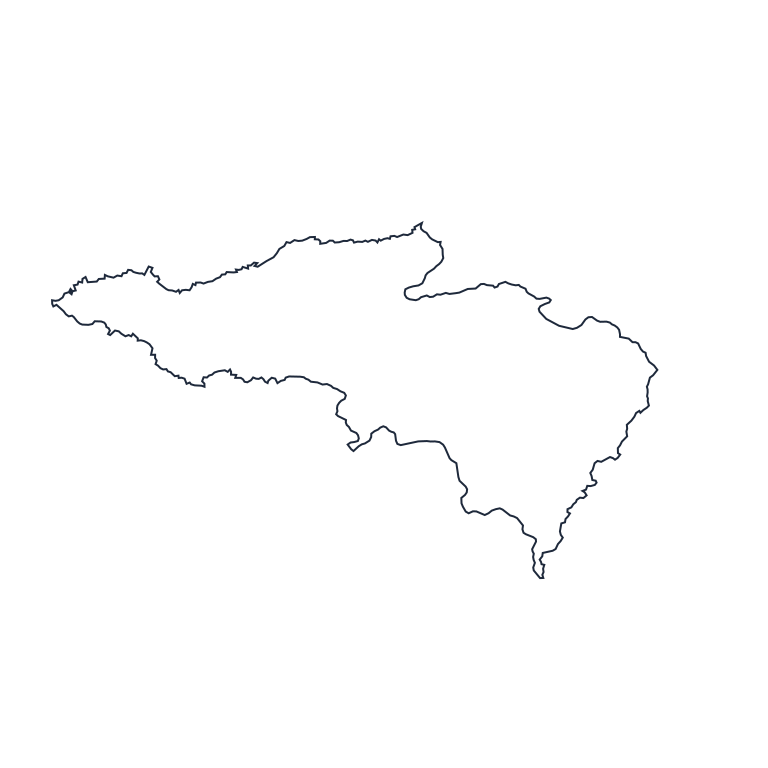 Carmo do Paranaíba, Minas Gerais, Brazil, rotated 238°
{"feature_id": "56859067B90709796561443", "entity_name": "Carmo do Paranaíba", "entity_type": "district", "adm_level": 2, "iso_a3": "BRA", "parent_name": "Brazil", "parent_adm1": "Minas Gerais", "projection": "equal_earth", "projection_center": [-46.167, -18.877], "detail": "fine", "context": "isolated", "style": "outline", "palette": "slate", "viewbox_px": 768, "rotation_deg": 238, "n_neighbors": 0, "source": "geoboundaries", "source_scale": "gbopen_adm2", "svg_char_len": 6167}
<svg xmlns="http://www.w3.org/2000/svg" viewBox="0 0 768 768"><g transform="rotate(238 384 384)"><path d="M500.5,501.5L500.9,493.0L498.7,492.4L499.8,489.6L497.1,488.3L497.7,483.0L500.5,479.6L501.7,473.0L504.1,471.3L505.8,467.8L504.0,465.9L505.8,464.2L507.0,460.9L507.3,457.2L509.4,456.5L507.5,453.4L510.1,452.9L512.6,450.1L513.1,445.7L515.5,444.2L516.0,440.9L518.7,437.1L519.8,433.5L522.3,433.8L524.2,432.1L524.8,428.5L526.8,425.5L528.0,421.1L530.1,417.2L532.6,416.6L534.4,413.9L534.3,409.7L536.7,404.2L538.8,405.6L541.3,405.0L543.4,402.0L545.3,403.3L547.8,399.0L548.0,395.3L548.9,390.6L550.7,387.1L553.5,384.3L553.4,379.1L556.0,376.5L553.9,372.6L554.0,366.9L551.7,362.4L550.0,357.5L550.5,349.7L550.4,339.0L552.7,336.8L553.7,340.6L555.8,338.1L555.1,333.8L556.7,331.3L553.9,329.9L558.2,326.2L556.8,324.0L557.7,321.3L559.5,319.1L556.9,318.6L558.3,315.6L562.3,309.9L561.1,307.5L562.7,304.5L561.5,301.5L562.3,297.5L562.1,293.0L563.9,288.8L564.8,284.2L567.2,282.3L569.6,278.3L567.8,276.5L570.2,274.9L568.0,272.1L566.5,268.8L568.9,265.8L570.5,262.4L569.4,259.0L572.6,259.6L572.4,256.5L575.6,253.9L577.7,251.0L579.8,249.7L588.4,246.5L590.9,245.8L591.7,248.9L595.2,249.4L596.8,246.5L599.2,246.0L602.6,245.6L605.2,249.2L608.3,246.7L603.5,238.6L605.9,237.6L607.3,235.2L609.8,232.6L611.9,230.8L614.3,230.1L616.4,227.5L614.6,224.5L616.3,221.2L614.5,218.5L617.3,215.3L617.5,211.0L621.7,206.8L624.4,205.1L621.4,202.9L624.2,197.8L623.1,194.7L627.3,186.7L632.9,187.6L632.9,184.0L630.0,181.8L632.7,179.2L630.7,176.8L632.1,173.3L626.7,172.1L627.7,169.0L625.7,166.6L628.9,165.5L630.0,160.9L627.7,157.4L627.4,152.5L628.6,149.5L630.9,146.9L627.8,145.1L625.0,144.7L624.7,148.2L615.5,150.9L611.7,151.2L608.4,152.5L607.3,155.6L605.2,156.4L599.6,157.0L596.5,158.0L594.3,159.6L590.8,164.7L589.4,168.5L590.5,171.9L586.9,177.3L584.3,179.3L581.9,179.6L579.5,178.8L577.1,180.1L574.5,179.8L572.6,176.5L570.6,177.7L571.9,184.2L569.2,187.0L565.8,187.9L561.5,190.0L560.8,193.4L558.4,194.9L559.7,197.7L553.2,199.4L551.3,198.1L549.9,201.0L547.5,203.3L544.9,204.9L542.0,206.2L537.0,206.6L532.2,201.9L530.1,205.4L527.3,203.6L524.2,203.6L521.9,200.8L519.3,202.1L515.9,202.8L513.4,204.4L511.9,207.4L509.2,207.4L507.1,209.3L501.5,210.7L500.0,214.1L497.9,213.1L496.6,215.7L494.2,217.7L488.8,216.7L488.2,220.0L486.0,220.2L483.2,222.7L479.2,228.4L476.8,230.3L479.5,231.9L482.7,231.2L485.3,234.6L483.3,237.3L483.9,240.2L483.0,243.1L483.6,246.3L482.6,250.3L480.0,256.3L477.1,257.9L477.9,261.1L475.4,260.8L473.0,259.2L470.0,263.5L468.0,261.1L465.1,265.8L462.6,266.9L459.8,266.9L457.9,269.0L457.7,273.2L458.9,276.5L456.3,278.3L454.7,280.5L454.5,283.5L452.0,284.3L449.1,284.3L446.5,285.8L448.1,287.7L448.8,292.1L446.2,294.6L441.2,294.1L441.3,298.2L440.1,301.9L441.5,304.0L440.7,307.5L434.6,316.8L432.2,319.6L430.0,320.4L427.7,322.2L424.7,323.2L420.6,328.4L416.1,331.6L414.2,335.6L410.5,338.1L407.6,338.9L404.6,341.5L400.9,343.2L397.6,345.6L394.5,345.6L392.2,342.8L392.5,338.9L391.8,336.0L390.4,333.1L388.2,331.2L385.6,330.1L383.7,327.4L381.2,328.0L373.6,332.7L371.6,331.2L369.0,330.7L366.2,331.5L362.0,331.3L357.1,334.6L354.3,334.8L351.2,333.8L349.5,331.6L350.6,327.9L352.1,324.6L351.9,321.1L346.1,321.6L343.3,322.6L344.6,329.5L344.6,333.2L343.7,336.3L343.7,341.7L345.8,345.0L348.6,346.9L349.0,350.9L348.5,354.8L349.0,357.7L348.5,361.0L346.1,362.8L341.8,363.6L339.6,364.9L337.8,366.6L335.6,366.9L329.5,364.1L326.1,363.6L323.3,365.8L317.2,382.6L312.9,390.1L310.5,393.1L308.3,396.8L305.3,400.3L301.2,402.0L297.8,402.0L286.3,400.3L283.7,400.8L278.5,403.4L265.7,397.8L261.9,396.8L253.7,398.9L250.7,398.7L248.2,396.7L247.0,393.9L246.4,389.2L241.7,386.5L238.2,385.9L232.5,385.7L229.5,387.3L228.9,392.0L227.0,394.8L219.5,400.0L219.0,404.2L219.5,408.3L218.6,412.5L217.2,416.3L214.7,418.0L205.7,421.3L203.0,423.8L199.8,425.8L190.4,426.9L187.4,424.4L183.9,423.5L181.4,424.7L175.0,429.4L171.9,430.5L169.8,429.4L165.4,422.1L163.3,421.3L160.7,421.1L158.3,418.8L155.5,417.7L152.4,417.2L149.3,413.3L146.5,412.2L136.7,413.5L135.1,416.3L138.3,417.2L140.0,419.7L143.0,421.0L145.7,424.1L147.7,422.1L149.9,422.9L152.6,423.0L154.0,426.9L156.6,429.1L153.2,438.7L153.1,442.1L156.1,446.7L157.2,450.6L159.0,454.2L162.4,454.0L165.8,455.1L171.8,460.5L170.8,464.2L173.3,466.4L174.2,469.9L175.7,473.1L178.2,471.7L180.6,473.3L180.1,477.5L181.7,480.8L182.1,484.1L183.6,486.1L183.8,489.9L181.6,492.7L182.2,496.8L185.8,496.8L188.1,495.7L187.4,499.4L189.9,502.4L187.9,505.2L186.7,509.3L187.7,512.0L189.8,512.3L192.2,509.8L196.0,511.3L199.2,511.8L200.7,515.6L205.2,520.6L205.6,524.3L202.9,527.0L202.3,536.9L199.8,538.9L197.4,539.8L197.5,543.0L199.0,546.9L201.4,545.8L205.7,548.3L206.9,551.7L209.1,555.3L210.8,562.5L215.2,564.3L217.2,566.5L220.7,568.3L221.8,574.3L223.6,579.0L225.8,582.4L225.9,586.3L223.7,586.2L224.5,590.2L224.6,594.3L225.3,597.2L229.8,598.6L231.9,600.2L234.2,600.6L237.1,603.1L239.8,604.7L242.4,605.5L243.8,607.8L248.5,612.9L248.8,616.8L251.1,623.3L256.6,622.8L262.4,620.6L268.8,621.1L271.9,622.4L274.3,620.8L277.7,620.3L283.7,621.0L286.1,619.5L287.8,616.9L292.8,615.6L298.9,609.1L301.1,610.5L305.4,612.1L308.4,611.8L311.4,610.6L313.8,608.9L316.4,608.1L319.0,605.7L322.2,600.3L324.8,598.3L330.6,595.9L332.3,592.7L332.0,589.0L329.4,582.7L329.4,577.4L330.6,573.2L340.6,563.3L353.2,556.1L362.9,554.2L365.7,555.0L367.1,557.8L366.6,562.8L365.6,567.4L366.8,569.9L368.9,569.3L371.2,567.5L373.7,561.1L375.6,558.5L378.6,557.7L384.3,554.5L386.6,553.9L389.8,554.5L394.4,551.3L396.6,550.8L397.9,548.0L400.7,545.0L403.5,542.7L406.3,541.1L407.9,534.4L406.5,531.9L407.2,528.9L409.6,528.6L413.3,523.7L415.9,521.8L417.4,519.0L416.4,512.3L420.2,505.4L421.6,496.3L423.0,493.0L425.7,487.2L428.5,484.7L429.8,479.2L432.0,476.4L432.0,471.9L433.5,468.9L436.4,467.2L438.0,461.4L437.5,458.4L438.2,455.4L442.3,450.6L445.1,448.9L448.5,448.9L450.6,450.0L453.0,452.3L452.6,456.2L451.4,460.5L449.3,465.5L449.1,469.9L452.1,474.7L454.1,476.9L455.1,479.7L455.3,487.5L456.2,490.8L456.5,494.3L457.3,497.4L459.4,501.0L462.5,502.3L467.5,505.2L472.2,505.2L474.5,507.3L475.8,504.8L481.1,501.5L484.0,500.5L489.6,500.2L492.6,498.5L495.8,497.7L497.9,498.5L500.5,501.5ZM627.7,169.0L630.7,168.5L628.9,165.5L627.7,169.0Z" fill="none" stroke="#1e293b" stroke-width="2"/></g></svg>